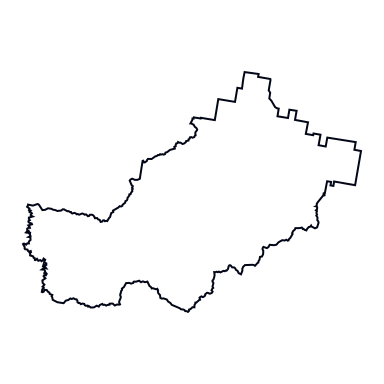 the district of Cessnock, New South Wales, Australia
{"feature_id": "25037944B68071810644037", "entity_name": "Cessnock", "entity_type": "district", "adm_level": 2, "iso_a3": "AUS", "parent_name": "Australia", "parent_adm1": "New South Wales", "projection": "mercator", "projection_center": [151.046, -32.894], "detail": "fine", "context": "isolated", "style": "outline", "palette": "ink", "viewbox_px": 384, "rotation_deg": 0, "n_neighbors": 0, "source": "geoboundaries", "source_scale": "gbopen_adm2", "svg_char_len": 5942}
<svg xmlns="http://www.w3.org/2000/svg" viewBox="0 0 384 384"><path d="M241.0,274.3L242.4,270.7L242.3,268.8L243.1,266.9L244.9,265.1L252.5,264.8L253.8,265.0L255.0,265.8L257.4,263.1L258.3,262.6L258.5,261.3L259.5,259.7L260.0,256.9L262.0,256.5L263.1,254.2L263.3,250.8L262.6,249.6L262.6,248.3L263.4,246.9L266.9,248.1L268.4,247.1L269.7,244.8L274.1,245.2L276.4,244.7L278.5,242.3L282.2,240.2L284.8,240.5L286.3,239.7L287.8,240.7L288.6,240.3L289.0,239.1L290.3,237.9L292.6,234.0L292.1,233.1L293.2,231.0L294.9,229.5L295.4,228.1L299.3,228.1L301.9,227.6L302.8,229.0L303.4,228.8L304.7,229.9L306.4,230.4L306.8,229.3L308.7,227.1L310.4,226.6L311.1,225.6L311.5,226.5L315.0,228.3L317.1,227.4L318.6,222.6L318.2,221.3L317.3,220.2L317.5,217.7L317.2,216.9L316.3,215.6L317.0,214.6L316.4,212.9L317.0,211.2L315.9,210.3L317.0,209.4L317.2,207.5L316.8,206.5L315.9,206.3L316.7,205.9L316.8,203.8L317.4,202.7L323.0,195.7L325.3,195.1L323.4,194.8L323.7,193.3L324.8,193.4L327.1,181.3L331.1,181.9L330.5,185.4L333.4,185.9L334.1,181.5L355.1,185.2L361.0,151.0L354.4,149.8L355.7,142.1L327.3,137.6L325.7,146.5L318.6,145.2L320.5,134.7L313.5,133.5L313.2,135.2L305.8,133.9L308.0,122.3L295.0,119.9L296.6,110.8L289.4,109.7L288.0,118.0L277.5,116.3L278.7,108.6L276.8,108.2L275.1,107.1L271.3,100.6L269.3,98.5L270.2,92.7L268.7,90.4L270.5,80.0L270.3,79.0L258.1,76.9L258.6,74.0L244.6,72.1L243.3,78.7L242.0,88.6L237.4,87.8L235.0,101.9L218.3,99.1L214.8,120.1L200.8,117.8L200.7,118.5L193.8,117.4L193.6,118.6L192.5,118.5L192.3,120.0L190.5,123.4L191.6,123.4L192.2,124.1L193.6,124.6L194.8,126.8L196.2,127.8L197.2,129.4L196.9,130.4L195.5,132.1L195.3,133.5L195.6,135.3L195.0,135.5L194.2,137.1L192.4,137.7L191.3,137.1L189.9,137.4L189.6,138.7L188.5,139.4L188.5,140.5L186.0,141.2L185.8,142.2L184.1,143.5L182.6,144.0L180.6,142.7L179.2,142.7L178.0,142.0L177.4,143.2L176.2,143.5L175.6,145.3L175.7,146.2L174.3,146.9L174.8,148.6L170.0,149.9L167.2,152.1L165.5,152.6L165.0,154.1L163.7,154.6L162.8,154.2L160.7,154.6L160.1,154.2L159.0,155.1L158.0,155.0L156.8,156.0L155.4,156.3L151.6,159.0L148.0,158.9L147.1,159.9L146.8,161.0L144.8,162.4L144.1,162.4L143.2,160.7L142.6,160.9L139.8,178.8L137.3,179.9L134.9,179.9L132.6,178.8L131.8,178.8L130.4,179.7L129.7,180.6L131.7,185.3L132.8,186.2L132.0,187.9L132.6,188.3L132.7,189.1L132.1,189.7L132.3,191.4L131.2,192.4L130.6,194.1L129.3,194.4L129.3,195.6L127.5,197.9L127.4,199.3L126.9,200.3L125.4,201.2L125.1,202.8L122.6,204.7L122.3,205.9L121.0,206.5L119.6,206.2L118.4,207.5L113.0,210.6L113.3,212.0L111.2,213.1L110.1,217.0L109.2,217.8L107.2,221.1L106.2,220.8L104.9,221.2L104.1,220.3L103.2,220.3L102.0,221.7L100.6,221.9L99.7,219.9L98.1,219.4L97.2,218.1L94.9,218.2L94.3,216.6L93.2,215.3L91.9,214.7L89.8,214.8L89.0,216.0L87.9,216.2L86.1,214.4L84.5,214.7L83.8,214.0L82.2,213.5L79.1,214.7L77.6,214.0L76.7,214.3L75.6,213.3L74.3,212.9L72.3,213.5L71.4,213.0L71.1,212.1L69.7,211.9L68.6,211.1L67.3,211.2L63.9,209.3L62.7,209.3L61.3,210.5L57.5,211.0L55.3,210.1L52.7,209.6L51.5,208.8L48.0,208.3L45.2,209.8L42.4,210.1L38.9,204.7L37.6,204.0L32.9,205.6L28.1,204.6L28.1,205.3L27.1,206.8L29.5,208.6L29.0,210.0L30.4,210.5L29.4,211.2L29.6,212.2L31.2,212.5L31.9,213.4L30.8,214.6L30.8,215.5L32.7,216.5L28.9,217.6L28.8,218.7L29.8,220.2L28.6,220.8L28.4,221.8L29.3,222.8L31.7,223.5L32.0,224.3L28.3,225.4L29.7,227.1L29.9,227.8L28.6,227.8L27.2,228.6L27.2,231.2L26.0,232.5L26.8,232.7L28.7,231.0L29.2,232.3L27.8,233.3L30.1,232.9L29.9,234.6L30.5,235.9L28.6,237.0L30.4,237.3L30.5,240.0L29.1,241.3L28.7,242.3L28.9,243.4L27.2,243.4L26.1,244.7L24.5,243.7L23.4,243.7L23.0,244.1L24.7,247.1L24.6,248.5L25.1,249.2L27.5,249.6L28.2,251.2L28.8,251.6L30.7,251.0L31.0,252.2L29.7,252.9L30.3,254.5L30.1,255.4L33.2,256.4L33.7,257.9L34.7,258.2L34.9,260.0L35.6,260.1L37.0,258.8L38.3,260.8L40.2,260.1L41.6,261.2L43.0,260.0L43.6,258.6L45.2,259.8L44.2,261.9L44.7,262.6L46.3,263.4L46.3,264.9L44.2,265.2L43.6,264.4L43.0,266.3L44.9,266.5L46.2,268.3L44.1,267.8L41.9,269.5L44.4,269.7L45.2,271.4L44.4,272.9L46.3,273.2L46.7,273.8L45.9,275.3L44.6,275.0L43.8,275.5L43.6,276.3L45.4,278.3L42.4,280.4L42.7,283.0L44.4,284.7L42.6,286.7L43.7,287.4L43.8,287.9L42.3,289.3L41.8,291.9L42.7,292.2L43.7,291.7L44.6,289.9L46.7,290.0L47.8,291.6L49.4,292.6L49.7,293.9L52.3,295.0L51.6,296.3L52.2,297.1L52.7,299.8L57.3,302.2L63.6,303.2L65.8,300.6L68.3,300.0L70.3,298.5L71.7,299.0L73.5,298.3L75.4,299.3L76.5,299.3L77.4,300.6L77.5,302.3L78.6,303.0L79.6,302.9L80.9,304.2L82.3,303.6L84.3,303.9L84.7,305.1L85.8,305.8L87.4,305.6L88.1,306.6L88.8,306.0L90.7,307.5L93.9,307.4L96.7,305.7L98.8,306.6L99.8,305.0L102.3,303.9L103.2,304.9L104.7,304.7L106.2,305.6L107.3,305.0L109.5,304.7L109.5,303.8L110.0,303.6L112.7,303.6L114.8,305.5L117.0,304.5L119.1,304.7L120.0,304.4L119.2,302.5L119.2,301.4L120.6,298.1L120.8,296.6L120.2,295.5L120.4,293.5L120.8,293.1L121.2,290.9L122.1,289.9L121.9,288.6L123.9,287.1L126.1,283.1L129.2,282.9L131.1,283.6L133.3,282.9L133.6,281.8L134.1,281.6L135.9,281.7L139.2,280.7L140.9,282.2L142.9,281.4L145.1,282.2L147.4,281.6L149.5,286.0L150.9,287.0L151.8,288.5L152.8,288.2L156.1,289.3L157.3,288.8L158.1,290.4L157.9,291.6L158.3,293.2L160.0,295.1L160.4,298.0L161.8,298.6L163.5,298.4L166.8,299.5L168.1,301.5L170.5,303.1L171.7,304.8L179.7,308.2L181.0,309.3L183.4,309.5L184.4,310.0L185.2,311.1L186.9,311.2L188.0,311.9L189.0,310.8L189.1,309.5L190.5,309.1L192.5,307.2L194.4,307.3L194.5,305.0L195.4,303.4L195.4,302.6L196.3,302.6L199.1,300.1L200.1,299.7L199.5,297.7L200.3,297.0L201.5,296.4L202.6,297.1L203.7,296.8L205.1,295.6L205.2,294.3L207.0,292.8L207.8,292.8L209.7,293.7L211.6,293.1L212.3,292.3L212.6,291.5L211.5,290.3L212.5,288.4L213.2,287.9L212.5,286.5L213.4,283.3L213.2,282.4L212.5,281.7L212.5,280.6L213.4,279.6L214.1,277.6L214.6,275.1L214.2,272.1L215.4,272.2L216.5,271.7L217.9,272.2L218.9,271.6L220.4,272.4L223.4,270.9L224.7,271.2L225.6,270.6L226.5,270.7L228.0,269.0L228.7,266.1L229.4,265.3L230.0,265.2L230.7,265.5L232.1,267.3L234.3,267.5L235.2,268.3L235.9,269.8L237.6,270.9L238.6,273.1L241.0,274.3Z" fill="none" stroke="#020617" stroke-width="2"/></svg>